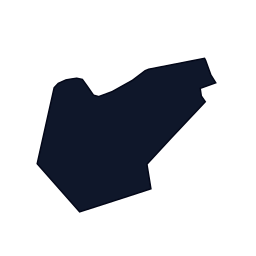 outline of Al-Hasna, Shamal Sina', Egypt, rotated 162°
{"feature_id": "37247803B43495383669597", "entity_name": "Al-Hasna", "entity_type": "district", "adm_level": 2, "iso_a3": "EGY", "parent_name": "Egypt", "parent_adm1": "Shamal Sina'", "projection": "equal_earth", "projection_center": [33.353, 30.276], "detail": "fine", "context": "isolated", "style": "filled", "palette": "ink", "viewbox_px": 256, "rotation_deg": 162, "n_neighbors": 0, "source": "geoboundaries", "source_scale": "gbopen_adm2", "svg_char_len": 502}
<svg xmlns="http://www.w3.org/2000/svg" viewBox="0 0 256 256"><g transform="rotate(162 128 128)"><path d="M33.7,170.6L90.1,177.5L94.0,177.2L109.0,172.0L131.8,167.5L146.1,166.9L150.7,169.9L153.9,180.5L156.4,188.3L161.4,191.2L166.7,192.1L172.1,192.9L180.5,192.0L185.8,189.1L225.4,122.1L199.9,63.2L164.3,63.1L125.0,63.1L121.2,87.7L90.0,105.2L46.4,129.1L48.4,135.8L47.1,143.4L30.6,143.9L32.5,151.6L32.8,152.5L33.3,168.2L33.3,168.3L33.7,170.6Z" fill="#0f172a" stroke="#020617" stroke-width="1.5"/></g></svg>